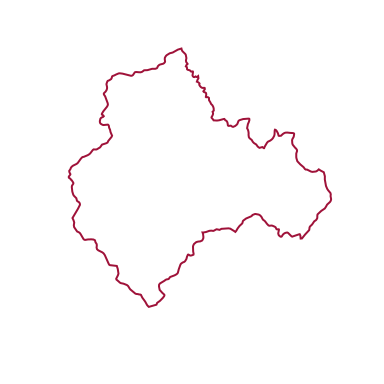 outline of Tay Tra, Quảng Ngãi, Vietnam, rotated 118°
{"feature_id": "81297802B47494931699472", "entity_name": "Tay Tra", "entity_type": "district", "adm_level": 2, "iso_a3": "VNM", "parent_name": "Vietnam", "parent_adm1": "Quảng Ngãi", "projection": "orthographic", "projection_center": [108.349, 15.187], "detail": "fine", "context": "isolated", "style": "outline", "palette": "rose", "viewbox_px": 384, "rotation_deg": 118, "n_neighbors": 0, "source": "geoboundaries", "source_scale": "gbopen_adm2", "svg_char_len": 6009}
<svg xmlns="http://www.w3.org/2000/svg" viewBox="0 0 384 384"><g transform="rotate(118 192 192)"><path d="M71.6,267.5L70.3,268.7L72.9,271.3L77.9,274.5L80.0,276.8L83.1,278.6L84.2,278.9L86.1,279.0L87.4,278.5L89.5,277.0L90.0,276.9L91.2,277.1L92.2,277.6L94.4,280.0L95.2,280.6L97.0,281.2L98.6,281.0L99.3,281.2L100.4,282.2L102.0,285.1L105.3,288.5L107.0,291.4L109.2,292.4L110.4,293.5L111.1,294.9L112.2,297.5L112.8,298.4L113.3,298.7L116.3,299.0L117.2,299.4L118.0,300.3L120.1,308.9L121.1,311.5L121.7,312.4L123.9,314.2L125.5,315.3L126.7,316.4L127.4,316.8L129.2,316.4L130.2,316.4L132.2,317.5L133.5,318.6L134.7,318.6L136.9,318.2L139.3,316.2L140.5,315.6L142.0,315.3L143.8,315.4L146.1,316.1L146.7,316.0L147.3,315.5L148.3,313.6L153.2,308.1L154.3,307.3L155.2,307.1L156.6,307.1L162.5,308.2L165.0,308.3L165.6,308.2L166.0,307.6L166.0,306.4L166.5,305.5L167.5,305.8L168.3,306.5L169.3,307.1L170.3,307.3L172.6,306.7L173.6,306.1L174.2,305.5L174.6,304.7L174.7,302.7L174.5,301.7L172.0,297.9L172.1,297.3L172.7,296.4L174.1,295.4L175.5,293.6L177.4,292.0L179.8,289.0L181.2,288.9L186.2,289.9L188.0,289.8L189.2,290.6L192.4,293.7L195.7,294.1L198.9,296.0L199.5,296.6L200.6,298.9L201.5,299.3L205.7,300.0L207.2,300.6L208.5,301.4L211.8,304.1L212.3,304.8L213.0,305.3L214.9,305.8L220.0,306.5L221.4,307.1L224.6,309.4L226.2,310.1L227.6,310.3L228.6,310.1L231.1,310.3L232.3,309.3L233.2,307.9L233.7,307.6L236.0,308.0L236.6,307.9L237.2,307.4L237.4,305.7L237.5,305.3L237.9,304.9L238.1,303.7L239.5,301.2L240.3,300.7L242.8,300.9L244.0,300.5L247.8,297.9L248.9,296.8L250.1,295.6L250.7,294.6L251.8,291.2L253.6,289.6L253.9,289.0L254.1,286.8L254.7,285.8L255.4,285.2L256.0,284.9L260.3,284.8L271.1,285.3L272.6,283.3L274.2,281.7L276.9,280.7L278.4,279.5L280.8,274.9L280.7,273.0L280.8,272.0L281.4,270.7L284.5,265.7L284.7,264.6L284.3,263.6L282.8,261.7L281.0,258.6L280.2,256.6L280.2,255.0L281.7,253.6L282.7,251.8L283.2,251.4L284.2,250.8L285.8,250.2L287.1,249.0L287.5,247.5L287.4,242.8L287.7,241.2L288.7,239.3L294.4,232.0L295.1,230.9L295.1,230.1L292.6,223.7L294.7,221.5L298.6,218.6L300.4,218.3L304.2,218.2L304.8,217.6L305.4,214.8L305.8,213.4L305.9,212.2L305.1,209.4L304.7,205.8L305.0,204.3L306.6,201.6L307.0,200.6L308.3,194.4L308.2,193.4L307.5,191.7L307.3,190.5L306.9,189.8L306.8,188.8L308.6,186.3L310.8,181.8L312.9,178.6L313.4,177.3L313.7,176.2L308.2,170.5L306.2,170.7L303.2,169.2L299.1,168.0L297.1,167.7L296.3,167.8L295.9,168.0L295.6,168.4L295.0,170.8L293.6,174.6L290.9,176.8L289.4,177.5L288.7,177.5L287.7,177.3L283.2,174.6L282.0,174.1L281.2,173.5L280.1,172.1L279.5,171.7L277.7,171.5L277.1,171.2L273.7,168.2L272.0,167.1L270.7,166.6L269.8,166.6L266.5,167.4L261.7,168.1L260.8,168.1L259.9,167.8L258.6,167.1L257.3,166.0L256.2,165.6L253.6,165.5L251.7,166.0L249.3,166.2L248.9,165.7L249.0,163.9L248.8,163.4L248.1,162.5L246.7,161.3L245.9,161.5L243.9,163.1L239.7,165.5L238.5,165.8L236.9,165.8L234.2,164.7L232.9,163.3L231.7,161.5L230.1,160.3L229.1,160.2L227.6,160.3L226.4,160.8L223.8,162.6L222.8,163.7L222.4,162.9L220.7,160.8L218.1,158.4L217.0,156.7L216.4,155.0L215.6,154.3L214.0,153.3L213.3,152.7L212.5,149.9L210.7,148.7L207.0,142.8L206.4,141.0L206.7,136.2L206.9,135.0L205.6,134.7L202.7,134.6L199.6,134.1L196.5,133.0L195.8,132.9L193.8,133.4L193.2,133.3L190.0,131.8L185.8,128.4L185.0,128.0L183.9,127.8L182.0,126.2L181.6,125.6L180.6,122.4L180.7,120.7L181.4,118.9L182.6,117.2L183.2,116.0L183.3,114.6L183.8,113.2L184.9,110.9L185.6,108.8L185.5,107.9L184.2,105.9L184.0,105.1L183.8,102.9L183.9,101.7L185.1,100.0L185.1,99.4L184.2,97.9L184.5,97.5L187.6,96.6L188.3,96.3L189.5,95.0L189.9,92.9L189.5,92.1L189.1,91.9L186.8,91.7L185.3,91.1L184.3,90.4L183.1,89.0L183.0,88.0L184.3,83.7L184.4,82.6L179.0,77.5L178.7,77.1L179.7,75.8L182.1,74.2L181.4,73.1L176.5,72.2L170.8,70.7L170.4,70.7L168.0,71.6L167.0,71.6L164.3,70.7L160.5,70.3L158.6,69.3L158.0,69.2L156.6,69.1L155.9,69.3L153.5,70.5L152.7,70.6L148.0,69.0L144.2,67.0L142.0,66.8L139.7,66.8L136.1,65.5L135.2,65.4L134.4,65.4L133.0,65.8L130.6,67.7L128.9,68.4L127.9,69.3L126.6,72.5L125.8,74.0L123.8,76.5L118.6,80.6L115.7,82.1L112.7,84.9L112.7,88.6L112.5,90.7L114.3,91.3L115.7,92.2L117.7,95.1L118.1,96.5L118.2,100.9L118.8,102.2L118.7,103.1L117.7,105.1L116.8,109.3L115.4,113.4L113.2,115.6L112.3,116.3L109.1,118.0L106.4,118.5L105.5,119.2L104.8,120.5L104.5,121.7L103.0,125.2L102.5,125.8L101.8,126.4L99.2,128.0L97.8,128.2L95.9,128.1L94.9,128.3L92.9,129.0L92.5,129.3L92.4,129.7L92.6,130.6L93.7,133.0L94.8,135.8L95.7,137.3L96.5,138.1L98.3,139.1L100.5,139.8L101.6,141.4L101.6,142.0L99.8,143.7L98.4,145.8L97.9,147.1L98.0,148.0L98.3,148.0L99.0,147.8L102.3,146.2L103.8,145.8L106.2,145.8L107.8,146.1L109.8,147.0L112.0,148.6L113.3,148.9L118.0,149.1L119.4,148.9L119.6,149.3L119.3,151.0L121.3,153.1L121.3,154.0L121.0,155.4L119.9,157.6L119.7,160.2L119.4,161.2L119.1,162.0L118.0,163.7L117.5,166.4L116.8,167.6L115.0,168.9L113.5,169.6L112.1,170.6L111.0,171.6L109.8,173.3L105.9,174.5L103.4,174.7L101.5,175.1L100.5,175.8L100.5,176.2L101.1,177.2L103.6,181.1L106.2,183.7L107.1,184.2L107.7,184.3L110.5,183.9L111.6,184.1L113.5,184.9L115.2,186.3L115.4,187.1L115.2,188.9L116.4,190.6L116.5,191.1L116.3,191.6L114.5,192.9L113.7,193.7L113.0,195.0L113.0,196.3L112.3,197.7L112.7,198.3L116.0,201.8L117.2,203.5L118.6,206.6L118.1,207.4L117.3,209.5L117.0,209.8L116.6,209.9L115.6,209.8L113.8,209.9L112.5,210.4L111.5,211.5L109.9,211.0L107.9,212.2L106.7,213.4L105.8,214.8L105.3,216.5L104.2,217.9L103.0,220.0L101.0,221.2L100.8,222.2L101.0,223.0L101.7,224.0L101.6,224.4L99.4,225.1L98.1,226.0L97.9,226.8L98.1,228.5L97.8,229.2L97.1,229.2L95.4,228.9L94.3,229.5L94.3,230.2L94.8,230.9L95.3,231.9L95.2,233.4L94.7,234.7L94.1,235.7L93.8,236.0L92.8,236.2L92.6,236.4L92.2,237.9L92.3,239.5L90.1,239.8L88.6,239.7L86.8,241.0L87.7,241.4L88.3,241.9L88.4,242.3L88.3,243.1L89.4,243.8L89.7,244.6L89.4,245.6L88.8,246.3L86.5,247.1L85.5,247.5L85.2,247.8L85.3,248.2L86.1,249.2L85.6,251.1L86.1,253.2L86.0,253.9L84.2,255.1L84.0,256.4L82.4,256.5L81.3,256.0L80.9,256.1L80.1,257.9L79.4,258.6L78.7,259.1L76.4,259.8L73.8,261.9L73.3,262.7L72.2,266.5L71.6,267.5Z" fill="none" stroke="#9f1239" stroke-width="2"/></g></svg>